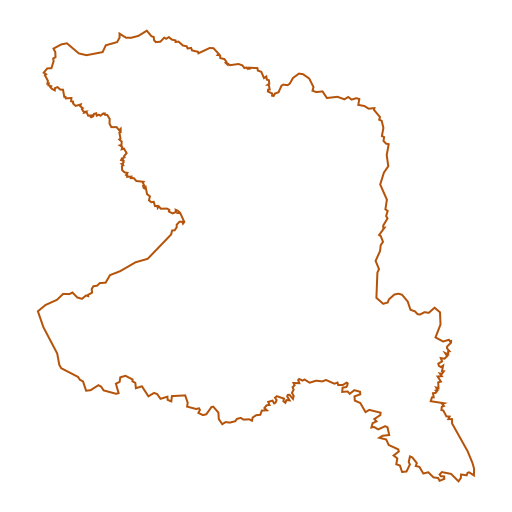 the district of Si Bun Rueang, Nong Bua Lam Phu, Thailand
{"feature_id": "78962969B72189645888200", "entity_name": "Si Bun Rueang", "entity_type": "district", "adm_level": 2, "iso_a3": "THA", "parent_name": "Thailand", "parent_adm1": "Nong Bua Lam Phu", "projection": "mercator", "projection_center": [102.187, 16.996], "detail": "fine", "context": "isolated", "style": "outline", "palette": "amber", "viewbox_px": 512, "rotation_deg": 0, "n_neighbors": 0, "source": "geoboundaries", "source_scale": "gbopen_adm2", "svg_char_len": 5934}
<svg xmlns="http://www.w3.org/2000/svg" viewBox="0 0 512 512"><path d="M47.3,68.4L43.7,72.7L46.1,74.3L44.9,75.2L47.9,80.8L47.4,83.6L48.8,83.4L48.4,85.3L51.1,86.2L50.3,87.1L52.1,89.0L54.8,90.3L54.9,88.2L57.5,87.1L60.3,89.6L63.0,89.7L64.3,96.9L65.5,96.9L65.8,98.4L71.4,98.0L71.1,101.3L73.1,101.6L73.1,103.5L75.6,105.9L80.8,104.4L80.2,106.2L82.8,108.2L81.9,109.1L83.7,111.9L86.1,111.6L85.3,112.4L86.5,112.1L88.2,115.7L91.2,115.4L90.3,116.4L91.1,117.3L93.2,116.3L94.0,113.9L96.2,113.3L96.7,115.7L98.9,114.7L100.5,115.7L103.2,113.5L104.4,114.3L104.6,112.6L105.1,114.8L107.2,114.9L109.7,119.0L109.5,123.6L111.3,127.1L116.6,127.1L119.2,130.3L120.6,128.8L120.7,132.1L119.4,132.7L120.5,138.5L119.3,139.5L121.7,141.5L121.5,145.0L119.9,145.4L122.3,147.0L121.7,149.3L124.0,148.6L126.6,153.1L124.0,156.3L124.5,157.3L122.5,158.4L122.9,159.8L121.8,158.7L121.1,160.1L123.6,160.8L122.9,163.7L121.7,164.0L123.2,165.3L121.9,166.2L122.1,170.1L124.4,172.3L127.4,172.9L126.1,174.9L127.3,175.2L127.1,176.8L131.4,176.6L130.9,178.1L133.9,178.2L136.3,181.0L143.6,181.8L142.9,182.9L144.5,186.0L143.2,186.0L143.6,187.9L144.7,188.5L145.7,187.3L147.1,194.2L149.9,196.3L149.0,200.4L151.3,202.2L153.7,201.8L155.0,206.1L157.2,205.9L157.7,207.9L158.8,206.3L160.8,208.7L166.9,208.6L169.3,209.8L168.9,211.5L172.5,213.4L176.0,212.0L175.7,209.8L177.5,210.6L179.2,212.0L178.1,213.0L180.3,213.2L184.3,222.0L183.0,223.7L182.2,221.8L179.5,221.7L176.7,224.7L176.7,227.3L174.6,230.3L172.1,230.5L171.1,234.5L147.7,258.8L135.5,262.3L120.1,271.2L110.0,275.1L105.6,282.7L99.8,283.1L97.1,285.7L93.4,286.2L91.7,289.0L92.1,292.6L87.9,295.0L88.1,296.1L86.0,295.5L82.0,298.8L77.3,297.5L72.4,292.5L69.4,294.1L63.1,293.9L57.0,299.8L45.5,305.0L37.9,311.3L43.4,327.2L57.2,353.5L59.3,364.8L61.2,368.2L78.0,376.9L79.8,379.7L83.0,381.4L86.1,390.7L90.6,390.2L98.4,385.2L101.2,386.7L103.6,390.4L116.2,393.8L118.6,393.1L115.9,383.7L119.6,381.9L120.3,377.3L125.5,375.8L132.6,379.5L132.5,381.3L135.3,382.8L135.9,388.2L141.9,386.3L148.4,396.3L154.1,392.9L157.2,394.1L160.5,398.8L167.4,396.7L167.7,399.9L171.3,401.4L171.9,396.1L185.2,395.4L187.7,402.7L187.1,406.6L196.2,409.0L199.0,408.3L199.9,409.9L198.4,412.9L202.9,415.1L206.3,414.3L211.5,407.0L213.3,406.7L218.4,412.6L218.8,419.1L222.3,424.2L225.5,422.1L229.9,422.6L235.3,421.2L236.9,418.9L240.8,417.9L243.4,419.6L249.2,419.3L252.0,420.7L252.7,417.5L256.2,415.2L260.3,414.8L261.8,410.6L266.9,410.3L264.4,408.0L266.6,405.3L269.5,405.0L268.2,401.9L272.5,400.6L274.1,403.4L275.4,402.8L276.6,400.1L275.0,397.7L276.8,396.2L284.0,398.6L283.4,401.2L285.4,402.8L286.4,400.1L289.6,400.4L287.2,396.4L287.8,394.9L289.5,394.8L293.0,398.9L293.7,396.0L292.0,392.9L293.6,389.6L292.6,387.2L294.6,385.3L293.5,383.0L299.3,383.2L298.2,380.0L299.2,379.0L302.5,380.6L304.5,379.5L309.7,382.7L316.1,380.7L322.2,381.4L326.0,380.0L334.4,383.7L337.5,382.6L338.2,385.1L343.0,384.9L346.7,382.6L347.7,383.4L347.2,385.7L346.2,387.1L342.6,387.6L342.2,391.9L347.6,391.5L349.7,393.8L354.3,390.2L360.0,391.7L360.3,394.3L354.5,396.4L354.8,400.6L360.3,403.0L365.5,412.1L369.3,409.9L380.6,412.7L380.3,415.1L374.3,419.0L376.5,421.4L372.6,423.2L371.4,427.5L374.1,427.0L378.2,429.4L385.2,426.2L387.5,427.3L389.2,435.0L382.5,435.8L379.3,437.8L386.2,439.5L388.7,445.0L398.3,449.4L398.8,451.5L393.6,455.5L397.3,458.4L396.3,464.3L399.9,465.5L402.1,472.0L406.5,471.5L409.9,464.5L408.7,461.9L410.0,456.4L412.4,457.5L416.8,463.1L415.8,466.0L419.4,466.9L423.3,473.5L428.3,472.3L433.5,477.4L438.1,478.0L439.6,480.8L444.3,478.9L444.1,476.4L440.8,476.2L439.6,474.5L441.9,472.1L451.1,473.9L458.5,481.3L460.8,478.1L461.1,474.5L466.7,475.3L467.5,472.9L469.1,472.3L473.9,475.4L474.1,468.8L472.4,462.8L467.6,451.2L452.1,423.5L452.0,419.1L448.4,419.1L449.6,416.6L446.4,416.4L443.3,410.5L441.4,410.0L441.8,406.8L443.9,406.0L442.3,404.1L444.2,403.3L430.7,401.2L432.0,397.3L433.7,397.3L433.0,393.2L435.6,392.9L436.8,391.6L435.8,390.5L437.6,390.0L436.2,387.6L438.5,388.2L438.2,382.4L440.9,381.6L437.6,376.5L441.8,376.2L439.9,373.5L441.9,373.9L443.8,371.3L442.0,371.2L443.1,365.6L441.0,367.1L438.8,365.8L438.3,363.6L442.1,361.4L440.8,358.1L444.5,358.7L447.2,356.1L445.1,353.0L448.2,354.4L448.1,351.6L449.5,351.3L447.1,348.5L447.1,346.5L451.0,342.7L451.1,341.0L449.9,341.3L448.9,339.8L443.1,341.5L435.5,337.4L440.5,324.5L440.0,312.3L434.6,307.7L428.8,312.8L424.5,312.2L420.0,314.5L417.6,314.2L415.0,311.4L410.5,309.8L407.7,301.5L402.0,294.7L398.4,293.7L394.4,294.5L388.9,299.4L387.7,302.5L383.2,303.8L376.4,297.8L377.4,272.6L379.0,269.1L375.6,260.9L380.1,250.9L380.7,245.2L383.0,241.8L380.7,236.0L379.1,235.0L384.5,227.7L383.3,227.8L383.2,225.6L387.5,218.4L386.1,216.0L387.7,211.0L385.4,209.3L386.9,199.7L380.2,184.5L383.9,172.6L388.3,166.2L386.7,155.1L388.7,144.2L386.0,143.6L383.5,140.9L384.1,137.1L381.9,136.0L383.4,127.9L381.7,120.8L379.2,119.7L380.0,117.1L374.0,109.9L374.4,108.1L368.6,108.7L364.4,106.0L358.3,104.9L359.3,99.0L356.2,98.2L351.6,99.6L348.2,97.0L344.4,99.3L337.5,96.8L326.9,98.0L322.5,91.4L316.3,92.1L312.5,90.7L313.5,87.1L309.2,78.5L303.0,74.2L298.9,73.6L293.0,78.0L289.7,83.7L287.5,85.2L283.4,84.6L281.5,85.7L278.5,92.3L275.0,93.5L273.6,96.0L272.1,95.7L272.2,93.5L267.9,91.5L268.1,89.7L269.7,89.5L268.8,84.9L267.7,84.8L269.3,83.7L268.9,80.3L266.8,79.6L266.3,76.5L264.0,78.1L261.3,71.8L257.9,70.6L257.4,68.1L249.1,67.7L249.7,68.6L247.8,68.9L246.2,67.5L244.4,68.1L242.4,65.4L238.5,64.0L230.0,65.2L228.0,63.8L227.7,64.7L225.5,62.7L226.4,61.9L224.5,59.1L220.3,58.1L220.1,55.4L217.6,55.0L218.7,53.9L213.5,48.2L209.7,48.0L198.4,53.3L198.0,51.8L192.0,50.4L191.1,47.9L187.6,48.5L186.7,46.3L182.9,45.5L178.5,41.6L175.6,42.0L175.5,40.4L171.8,39.6L168.8,37.1L166.2,38.8L164.2,37.7L160.4,41.7L155.8,42.1L154.1,40.3L153.7,37.0L151.4,36.2L146.8,30.7L138.4,35.9L131.0,37.8L126.0,37.7L119.5,33.6L119.6,37.6L117.1,42.1L105.8,45.3L102.6,52.1L86.5,55.2L78.8,53.4L66.9,43.3L61.3,44.4L53.5,48.6L55.3,52.2L55.5,57.2L53.2,58.5L53.6,61.3L51.4,68.2L47.3,68.4Z" fill="none" stroke="#b45309" stroke-width="2"/></svg>